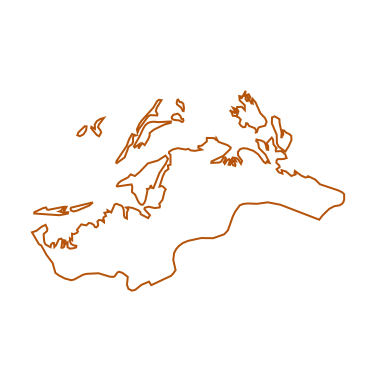 SVG path tracing the border of Quảng Ninh, rotated 191°
{"feature_id": "VNM-429", "entity_name": "Quảng Ninh", "entity_type": "Province", "adm_level": 1, "iso_a3": "VNM", "parent_name": "Vietnam", "parent_adm1": "", "projection": "natural_earth1", "projection_center": [107.332, 21.181], "detail": "fine", "context": "isolated", "style": "outline", "palette": "amber", "viewbox_px": 384, "rotation_deg": 191, "n_neighbors": 0, "source": "natural_earth", "source_scale": "10m", "svg_char_len": 6131}
<svg xmlns="http://www.w3.org/2000/svg" viewBox="0 0 384 384"><g transform="rotate(191 192 192)"><path d="M214.2,92.8L217.1,95.8L223.8,91.3L229.0,85.2L232.1,83.7L236.0,84.9L238.1,88.4L238.9,96.5L244.7,99.3L248.3,99.8L250.0,98.6L251.6,94.9L252.8,93.7L256.3,93.2L268.3,94.4L279.6,91.6L283.2,90.0L290.8,83.7L293.7,82.4L300.1,82.8L306.7,84.7L310.7,86.6L315.2,95.6L323.0,102.7L329.8,110.8L332.3,111.6L341.4,121.9L337.3,124.2L333.2,129.0L329.5,131.8L326.9,128.2L326.9,125.9L329.5,122.6L329.3,120.8L327.4,114.6L325.7,112.5L320.3,110.8L320.4,113.5L319.0,115.5L317.7,115.5L316.6,111.7L315.3,113.8L313.7,120.2L311.4,121.3L310.0,119.8L309.6,112.5L308.4,112.5L307.0,113.9L308.4,120.2L307.0,120.2L305.8,117.1L304.5,118.8L303.7,114.2L301.2,113.1L298.0,114.0L295.2,115.5L295.2,117.1L298.3,117.1L300.6,117.9L302.2,119.9L303.0,123.2L300.4,121.9L301.8,128.2L299.7,128.2L297.1,130.0L296.4,131.4L297.7,132.8L294.5,139.1L289.3,139.1L287.4,141.9L284.8,142.0L282.1,140.9L280.6,139.1L279.1,139.1L277.9,140.8L277.9,142.2L279.2,145.0L278.1,146.7L275.5,147.0L272.6,145.5L273.1,147.7L274.0,148.5L274.0,150.2L271.8,152.1L274.0,154.9L269.9,156.5L271.0,156.8L271.4,158.0L267.4,156.5L265.6,164.9L264.0,166.0L258.5,165.1L256.9,163.6L255.5,161.2L254.3,156.0L253.2,154.2L250.8,153.5L252.0,159.3L251.3,162.9L253.7,164.2L251.6,164.9L247.3,165.0L241.1,163.8L239.0,162.5L238.1,160.4L230.1,158.0L228.8,161.2L235.4,166.0L235.4,167.5L231.7,169.3L225.5,169.1L220.8,170.7L220.8,172.3L221.9,174.1L219.5,178.6L219.1,186.9L218.3,189.6L221.4,191.8L223.2,192.0L224.9,191.1L223.7,201.5L222.4,206.9L219.5,210.1L220.8,213.4L218.3,214.7L220.2,224.3L222.1,225.8L222.1,227.3L218.9,230.1L214.3,232.3L206.3,232.5L203.8,233.7L201.3,232.6L197.2,232.9L190.6,235.4L194.4,236.8L194.4,238.4L191.3,239.3L187.1,244.5L187.8,247.9L180.8,249.1L178.5,247.9L178.5,249.5L175.6,246.3L166.1,244.8L162.5,243.1L162.5,241.7L168.1,233.5L178.6,225.8L178.6,224.3L171.2,226.0L169.3,227.3L167.6,231.7L165.9,232.3L165.1,231.5L166.6,227.3L165.2,225.8L163.7,229.7L161.9,231.4L160.8,230.4L161.3,225.8L159.9,225.8L159.8,230.5L158.6,233.7L158.3,227.8L157.0,226.2L154.6,225.8L154.6,227.3L157.3,230.5L154.6,230.5L157.3,233.7L154.5,233.6L152.7,232.6L149.3,229.0L148.8,232.1L153.7,236.7L154.6,240.0L152.9,243.3L149.9,244.8L146.2,245.1L139.4,244.1L134.0,241.5L127.3,235.2L125.2,234.3L124.0,236.8L123.3,235.5L121.4,235.4L127.0,242.7L134.6,247.9L136.6,253.1L138.7,254.2L138.7,255.8L133.6,255.7L130.6,254.8L128.6,252.4L126.7,247.9L125.3,247.9L126.1,251.7L128.0,254.2L124.1,260.6L122.5,259.0L121.1,254.3L117.4,251.1L118.0,249.9L117.4,247.9L112.1,249.2L107.7,246.8L105.6,243.4L108.8,241.7L114.2,240.6L115.0,239.1L114.7,236.8L111.4,234.7L110.7,233.2L113.3,230.5L110.6,227.9L106.8,227.3L108.1,230.5L103.7,230.1L97.6,226.7L93.6,229.0L93.6,230.5L95.0,230.5L95.0,232.3L87.8,228.9L83.6,227.9L80.4,229.0L82.1,229.5L80.7,229.6L73.3,227.7L67.9,224.0L48.7,221.5L44.6,220.4L42.2,218.8L41.2,213.7L41.5,210.9L42.5,208.9L44.6,207.1L49.6,205.2L54.0,201.7L59.4,193.9L61.8,189.1L103.1,196.4L115.7,196.3L126.0,192.8L135.0,191.4L139.6,190.0L142.6,188.0L146.0,180.6L147.3,175.7L149.4,161.3L151.2,158.3L152.5,156.5L162.4,150.7L174.4,148.5L186.7,143.2L191.3,140.1L194.5,136.6L196.6,133.1L197.9,128.6L197.4,121.7L193.2,112.2L194.8,108.5L196.5,105.8L214.2,92.8ZM252.8,187.9L266.4,183.2L267.0,183.6L266.1,186.4L263.9,189.2L257.6,194.1L255.6,197.6L251.1,196.8L247.3,201.5L240.8,211.6L231.5,216.4L224.9,222.7L221.9,219.9L223.2,214.8L227.6,204.5L230.6,188.4L232.0,188.4L233.4,190.3L233.9,190.1L234.1,188.1L235.1,186.9L236.8,186.4L236.0,184.8L236.1,175.4L236.6,172.6L237.8,170.2L239.3,169.8L240.9,170.5L242.9,172.3L247.4,178.6L250.9,180.5L251.6,185.8L252.8,187.9ZM165.2,279.5L167.9,282.5L165.6,282.0L164.2,280.5L162.4,276.3L161.8,280.0L163.9,282.5L163.9,284.0L159.4,285.1L155.8,282.5L156.8,287.3L162.7,291.1L163.9,295.2L162.4,295.2L162.4,293.6L161.2,293.6L158.6,301.6L158.6,296.6L155.8,298.3L155.8,296.6L154.6,298.3L153.2,296.6L153.2,295.2L157.3,295.2L157.3,293.6L155.8,291.9L154.6,291.9L154.6,293.6L153.2,293.6L150.6,290.3L149.2,290.3L150.6,293.6L150.6,295.2L146.8,292.2L140.0,282.5L134.4,278.5L132.2,275.3L132.8,271.1L138.6,268.3L139.4,266.8L139.6,263.4L141.4,261.9L140.0,263.6L142.6,266.7L148.6,267.7L150.6,269.9L151.9,269.9L152.1,266.1L154.1,265.3L156.6,266.4L158.6,268.3L158.0,272.4L160.3,274.1L163.4,274.9L166.5,274.6L168.1,277.5L170.5,279.5L165.2,277.8L165.2,279.5ZM117.9,256.0L119.8,264.4L126.7,274.6L127.7,280.5L125.2,282.0L120.1,280.2L119.2,276.4L115.3,267.3L114.7,261.9L113.4,265.9L114.7,269.9L113.3,269.9L110.8,268.2L107.8,267.5L105.3,266.1L104.3,261.9L105.8,255.4L108.1,249.5L115.7,253.1L117.9,256.0ZM252.8,229.0L256.6,224.8L257.8,225.6L254.0,236.8L252.0,244.9L250.8,248.2L248.7,251.1L246.0,252.8L242.9,253.7L238.2,254.2L226.1,257.2L226.1,255.8L231.8,253.1L241.5,245.8L244.9,241.7L244.3,239.1L245.0,235.6L247.4,229.0L250.3,230.5L252.8,224.3L252.8,229.0ZM317.7,143.9L342.8,140.8L342.8,142.2L335.3,147.6L332.4,149.0L330.8,147.1L329.6,147.1L315.0,153.0L312.4,153.5L313.8,148.5L315.1,151.8L317.1,148.5L318.6,147.6L314.6,147.3L309.7,148.5L309.7,147.1L317.7,143.9ZM249.6,257.6L256.1,243.7L256.8,240.0L258.0,243.1L256.8,248.3L255.2,252.2L246.1,267.3L243.5,274.6L242.1,276.2L239.5,276.3L242.6,268.2L243.0,264.5L240.8,261.9L240.8,260.5L247.6,259.5L249.6,257.6ZM264.7,213.1L271.3,206.0L272.0,206.3L272.0,207.9L265.0,224.6L263.8,231.7L261.9,237.5L258.0,236.8L260.0,235.9L260.3,234.5L259.4,229.7L260.0,227.5L262.8,224.5L264.7,213.1ZM293.9,229.0L296.4,229.8L303.2,235.4L303.2,236.8L299.3,235.4L300.3,239.9L298.9,243.4L296.1,246.1L292.6,247.9L296.3,240.3L296.6,237.6L293.6,235.0L292.5,232.9L293.9,229.0ZM307.1,150.7L308.0,152.2L307.8,153.5L287.3,162.9L290.1,159.2L301.4,151.7L304.5,150.3L307.1,150.7ZM223.7,259.4L225.6,260.1L226.2,261.5L225.2,264.1L220.9,266.2L218.2,264.7L216.2,261.8L214.6,261.9L214.0,260.4L214.3,259.3L215.3,258.8L217.7,259.8L223.7,259.4ZM309.5,227.9L312.7,225.4L315.4,225.9L314.8,229.0L309.8,236.1L308.0,236.3L307.7,232.3L309.5,227.9ZM218.8,272.8L223.5,275.2L224.1,276.6L223.9,279.7L223.3,280.1L221.1,277.9L219.5,278.2L217.5,277.1L215.9,273.0L215.7,269.8L216.5,269.8L218.8,272.8Z" fill="none" stroke="#b45309" stroke-width="2"/></g></svg>